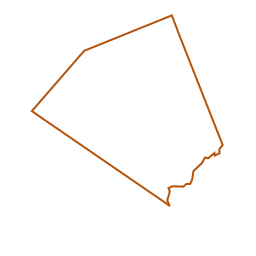 Ellis, Texas, United States of America, rotated 68°
{"feature_id": "52423323B98957090602000", "entity_name": "Ellis", "entity_type": "district", "adm_level": 2, "iso_a3": "USA", "parent_name": "United States of America", "parent_adm1": "Texas", "projection": "equal_earth", "projection_center": [-96.646, 32.301], "detail": "fine", "context": "isolated", "style": "outline", "palette": "amber", "viewbox_px": 256, "rotation_deg": 68, "n_neighbors": 0, "source": "geoboundaries", "source_scale": "gbopen_adm2", "svg_char_len": 474}
<svg xmlns="http://www.w3.org/2000/svg" viewBox="0 0 256 256"><g transform="rotate(68 128 128)"><path d="M40.0,139.7L76.3,210.8L87.5,203.5L213.0,120.3L216.0,118.6L209.8,118.7L202.7,113.1L198.9,113.0L198.7,108.7L203.1,98.6L201.8,94.9L203.1,91.1L199.4,87.5L192.5,83.5L188.1,72.4L184.2,67.6L186.1,65.0L183.6,57.2L186.0,57.8L185.8,52.7L181.7,51.1L179.2,46.6L58.3,45.6L52.1,45.4L48.5,45.4L47.0,45.3L40.0,45.2L40.0,139.7Z" fill="none" stroke="#b45309" stroke-width="2"/></g></svg>